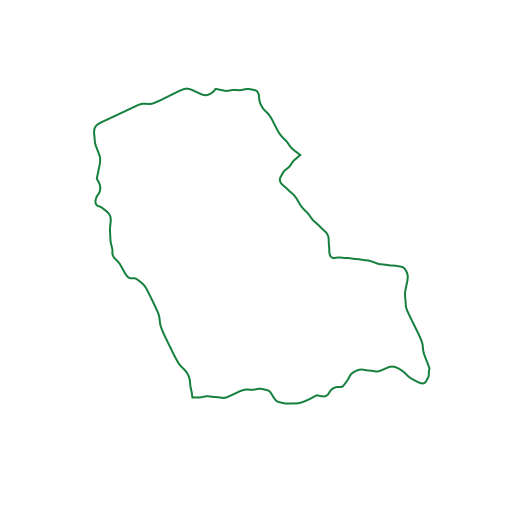 the district of El Cercado, San Juan, Dominican Republic, rotated 334°
{"feature_id": "3306468B41168482841480", "entity_name": "El Cercado", "entity_type": "district", "adm_level": 2, "iso_a3": "DOM", "parent_name": "Dominican Republic", "parent_adm1": "San Juan", "projection": "equal_earth", "projection_center": [-71.477, 18.706], "detail": "fine", "context": "isolated", "style": "outline", "palette": "green", "viewbox_px": 512, "rotation_deg": 334, "n_neighbors": 0, "source": "geoboundaries", "source_scale": "gbopen_adm2", "svg_char_len": 3726}
<svg xmlns="http://www.w3.org/2000/svg" viewBox="0 0 512 512"><g transform="rotate(334 256 256)"><path d="M227.9,406.3L230.9,407.3L235.6,407.9L241.6,408.1L249.5,407.8L254.1,411.3L255.7,412.1L256.7,412.4L258.5,412.4L259.5,412.2L261.1,411.4L264.2,409.5L265.1,409.2L267.0,408.8L269.0,408.8L270.8,409.1L272.5,409.8L274.7,410.9L276.3,411.3L277.8,410.9L283.4,408.0L285.1,406.9L288.2,404.6L290.0,403.8L292.0,403.3L294.0,403.1L297.0,403.2L299.0,403.5L300.9,404.2L301.8,404.7L305.8,407.6L309.3,409.6L313.2,412.4L315.0,413.2L318.0,413.7L325.1,414.0L327.1,414.2L329.1,414.7L331.0,415.7L331.9,416.4L333.5,418.0L335.0,419.9L336.3,421.9L338.0,425.1L340.0,430.7L341.1,432.9L343.0,435.9L345.1,438.8L347.2,441.4L348.7,442.9L350.4,443.8L351.3,444.0L352.1,443.9L352.9,443.7L354.4,442.9L357.9,440.3L359.1,438.8L360.9,435.3L362.7,433.0L364.1,417.2L365.0,413.8L366.9,408.6L367.6,404.7L367.9,397.8L367.8,375.2L368.0,371.0L368.3,368.4L369.0,366.0L371.1,360.9L372.3,357.6L373.3,355.3L375.3,352.2L381.4,344.4L383.3,341.2L383.8,340.0L384.3,337.6L384.4,335.2L384.1,332.9L383.8,331.9L383.3,330.9L382.0,329.4L376.7,325.6L372.4,323.3L367.5,319.9L364.0,317.9L362.3,316.5L357.5,311.5L355.0,309.3L351.5,307.2L346.7,303.8L343.2,301.8L338.3,298.4L334.7,296.6L329.9,293.6L324.9,291.9L324.2,291.4L323.6,290.7L323.1,289.7L322.9,288.7L322.9,287.6L323.0,286.5L323.6,284.6L325.3,281.0L326.9,276.7L329.1,271.8L329.6,269.5L329.6,267.1L329.4,265.9L328.7,263.8L327.1,259.8L325.6,255.3L323.4,250.2L322.7,248.0L321.6,241.9L321.1,239.6L319.2,234.3L318.6,232.0L318.2,229.5L317.6,221.9L316.9,218.3L316.1,216.1L314.4,212.1L312.8,207.7L311.1,203.9L310.5,202.0L310.3,200.9L310.4,199.8L310.6,198.7L310.9,197.7L311.5,196.9L312.8,195.7L317.3,192.6L319.1,191.8L323.9,190.7L325.7,190.1L329.9,187.7L331.7,186.8L340.1,184.6L336.8,178.2L335.4,175.0L334.8,172.7L333.8,166.6L333.1,164.4L331.6,160.3L330.8,156.6L330.4,152.5L330.2,140.1L329.8,136.1L329.3,133.6L327.1,127.3L326.7,123.6L326.7,121.1L327.0,118.7L327.6,116.6L328.7,113.9L329.3,112.0L329.4,109.9L329.2,108.8L328.9,107.8L327.7,106.4L322.6,102.6L319.9,101.5L315.1,100.3L313.3,99.5L309.2,97.1L307.3,96.4L303.5,95.3L301.6,94.6L300.0,93.5L293.0,88.1L289.7,89.6L286.7,90.2L283.7,90.1L281.7,89.6L280.8,89.2L278.9,87.8L277.3,86.1L271.9,79.4L269.4,76.8L267.6,75.5L266.6,75.0L264.5,74.4L260.3,74.0L237.8,74.1L231.0,73.8L228.9,73.4L226.8,72.7L222.7,70.3L220.8,69.5L218.7,68.9L215.3,68.6L191.2,68.3L176.2,68.0L171.8,68.2L169.6,68.8L167.8,69.8L166.3,71.2L164.6,73.9L161.4,82.3L160.7,84.5L160.3,87.1L159.5,96.7L158.9,99.4L158.4,100.6L157.2,102.9L155.1,106.0L146.8,116.7L147.0,120.8L146.8,123.3L146.3,125.7L145.3,127.6L143.4,130.0L141.8,131.1L139.3,132.5L137.7,133.8L135.8,136.2L135.0,138.1L134.9,139.2L135.1,140.2L135.4,141.0L135.8,141.6L137.9,143.8L138.4,144.5L141.5,150.8L142.2,152.9L142.4,154.1L142.4,156.5L142.1,157.7L141.3,160.0L136.3,168.1L131.9,178.6L131.2,180.8L129.8,187.3L127.9,191.0L127.6,192.9L127.6,194.0L127.9,196.0L129.6,201.0L130.1,203.5L130.3,206.2L130.7,214.2L131.3,217.8L132.2,219.8L132.8,220.5L134.2,221.4L137.1,222.8L137.8,223.4L138.9,224.9L141.2,229.5L142.4,232.6L143.0,235.4L143.2,238.3L143.3,242.7L143.3,253.1L143.1,263.4L142.8,266.2L142.2,268.9L140.0,275.2L139.5,277.8L139.1,282.0L138.9,289.1L138.9,309.4L139.2,316.5L139.5,319.3L140.1,321.9L141.9,327.1L142.5,329.3L142.8,331.8L142.8,334.3L142.3,337.9L140.0,344.1L138.5,350.1L136.8,355.3L143.5,358.5L149.2,360.1L151.1,360.8L155.9,364.0L159.5,366.0L163.5,368.7L165.3,369.6L167.3,370.1L169.4,370.3L182.4,370.5L186.6,371.0L189.5,372.1L193.6,374.5L195.4,375.2L200.2,376.5L202.0,377.3L207.2,381.4L208.4,382.8L208.9,383.8L209.4,385.9L209.9,391.5L210.3,393.6L211.1,395.6L211.6,396.4L215.9,400.1L218.3,401.8L227.9,406.3Z" fill="none" stroke="#15803d" stroke-width="2"/></g></svg>